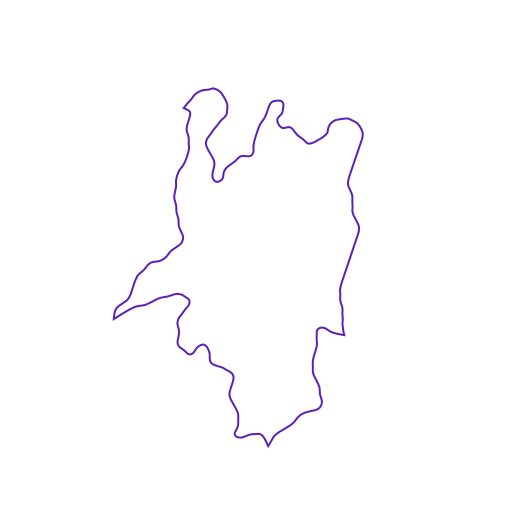 Polo, Barahona, Dominican Republic (Natural Earth projection), rotated 240°
{"feature_id": "3306468B683162392169", "entity_name": "Polo", "entity_type": "district", "adm_level": 2, "iso_a3": "DOM", "parent_name": "Dominican Republic", "parent_adm1": "Barahona", "projection": "natural_earth1", "projection_center": [-71.293, 18.122], "detail": "fine", "context": "isolated", "style": "outline", "palette": "violet", "viewbox_px": 512, "rotation_deg": 240, "n_neighbors": 0, "source": "geoboundaries", "source_scale": "gbopen_adm2", "svg_char_len": 5370}
<svg xmlns="http://www.w3.org/2000/svg" viewBox="0 0 512 512"><g transform="rotate(240 256 256)"><path d="M272.5,101.3L272.9,113.1L272.9,119.6L272.7,123.5L272.4,126.0L271.8,128.3L269.8,133.2L269.1,135.3L268.9,136.6L268.5,140.3L268.1,149.3L267.4,153.0L265.2,158.9L263.5,166.7L263.1,167.7L262.1,169.6L260.8,171.2L259.3,172.6L257.5,173.6L252.7,175.9L250.9,176.1L250.1,175.8L248.5,174.8L247.3,173.4L246.4,171.5L245.0,167.6L243.2,163.8L241.2,158.7L240.1,157.0L238.6,155.5L237.0,154.3L236.1,153.8L231.2,152.5L229.2,151.7L226.5,149.9L221.5,145.5L219.6,144.5L217.6,144.0L216.6,144.1L214.7,144.5L210.5,146.5L206.1,147.8L204.5,148.7L203.9,149.4L203.5,150.3L203.3,151.3L203.4,153.2L204.1,154.9L205.8,158.2L206.3,160.3L206.5,162.4L206.3,164.5L206.0,165.5L205.4,166.4L204.6,167.1L203.7,167.5L201.9,168.0L199.9,168.0L197.9,167.8L195.8,167.4L193.9,166.7L190.6,164.8L188.9,164.0L186.9,163.7L184.9,164.0L183.9,164.5L182.1,165.7L177.2,170.2L175.5,171.6L171.8,173.6L168.6,175.6L166.8,176.3L165.8,176.5L163.8,176.5L162.8,176.2L160.9,175.1L158.3,172.7L153.5,167.3L151.8,165.6L150.0,164.1L147.9,163.1L145.7,162.6L143.5,162.4L134.3,162.3L130.9,162.1L128.7,161.7L126.7,160.9L119.8,156.8L118.1,155.6L116.2,153.5L113.9,149.7L113.2,149.0L112.5,148.6L111.6,148.4L110.7,148.3L109.7,148.5L108.9,149.0L107.5,150.2L106.4,151.8L105.6,153.8L104.6,160.5L104.0,162.6L100.9,169.0L99.7,170.5L98.0,171.5L95.1,172.1L90.9,172.0L85.2,171.5L90.2,180.2L91.1,182.2L91.6,184.6L92.0,188.4L92.2,199.9L92.6,203.6L93.1,206.0L95.5,211.8L96.1,215.2L96.1,217.6L95.9,219.9L95.4,222.0L93.8,227.6L93.1,229.2L92.7,231.2L92.5,233.4L92.7,234.5L92.9,235.6L93.9,237.5L94.5,238.3L96.0,239.7L96.8,240.3L98.8,241.0L102.8,241.9L104.7,242.4L109.1,244.7L111.0,245.4L114.1,245.9L123.8,246.4L125.9,246.9L127.8,247.6L132.1,250.1L135.8,252.1L137.5,253.4L140.0,255.7L145.5,261.6L147.2,263.2L148.9,264.5L149.8,265.1L153.6,266.9L155.3,267.9L159.9,270.7L160.6,271.3L161.2,272.0L161.6,273.0L161.8,274.0L161.8,275.0L161.6,276.1L161.2,277.0L160.1,278.6L159.4,279.2L157.9,280.4L154.3,282.1L151.5,284.0L148.1,287.3L143.3,292.9L147.0,294.0L153.4,296.6L158.5,299.9L162.2,301.6L165.6,303.7L167.4,304.7L169.1,305.3L173.6,306.2L175.4,306.8L177.2,307.7L180.6,309.8L184.3,311.6L186.0,312.9L188.5,315.2L191.6,318.6L223.2,354.5L225.5,356.9L228.1,359.0L230.0,359.8L232.0,360.3L235.0,360.5L242.1,360.8L245.0,361.3L246.9,362.0L251.1,364.7L254.8,366.5L258.2,368.6L260.0,369.5L262.8,370.2L268.6,370.7L270.5,371.0L272.4,371.7L274.2,372.8L276.7,375.0L279.0,377.4L303.4,405.3L305.7,407.7L307.5,409.0L308.4,409.5L309.3,409.9L311.3,410.4L313.2,410.6L316.2,410.7L318.2,410.5L320.1,410.1L321.1,409.7L322.8,408.8L327.9,405.4L329.0,404.4L329.5,403.7L330.3,402.3L332.1,398.1L333.9,393.1L334.0,390.8L333.8,388.6L333.3,386.5L332.9,385.5L331.2,383.1L329.9,381.9L327.8,380.2L327.2,379.5L326.7,378.6L326.0,376.5L325.6,374.2L325.4,371.7L325.4,364.2L325.8,360.7L326.5,358.6L327.1,357.7L327.8,357.0L328.6,356.6L334.1,354.9L339.4,352.5L341.4,352.0L347.4,351.2L349.2,350.6L350.7,349.6L351.2,348.9L351.9,347.3L352.6,344.7L353.5,343.1L354.2,342.5L355.1,342.1L356.9,341.5L358.8,341.4L360.7,341.5L362.5,342.1L363.4,342.6L364.1,343.2L364.6,344.0L365.0,344.9L366.3,349.3L367.4,350.9L371.7,354.4L373.2,355.3L374.1,355.7L376.0,355.9L376.9,355.7L377.8,355.2L378.5,354.5L379.5,352.9L380.6,350.5L381.2,348.8L381.4,347.8L381.4,346.8L381.2,345.7L380.3,343.7L378.9,341.8L374.2,336.4L372.0,333.5L370.8,331.4L368.4,326.3L367.2,324.3L365.0,321.5L360.2,316.0L356.1,311.7L352.6,308.8L348.2,306.4L346.9,305.2L345.9,303.6L345.6,302.8L345.4,301.8L345.6,300.8L345.8,299.9L346.8,298.2L348.5,295.8L349.5,294.1L350.0,292.2L350.0,291.3L349.7,289.5L348.6,285.6L347.6,276.3L347.0,274.1L346.6,273.0L345.6,271.2L344.3,269.7L342.9,268.5L340.8,267.1L340.2,266.4L339.3,264.7L339.0,262.7L339.0,261.7L339.1,260.7L339.5,259.7L340.1,258.8L340.9,258.1L341.8,257.7L342.7,257.5L344.6,257.5L346.6,258.0L347.5,258.4L349.3,259.7L355.1,265.1L357.0,266.3L359.1,267.1L361.3,267.5L363.6,267.6L371.6,267.6L375.0,267.8L377.1,268.3L378.2,268.7L379.9,269.9L381.3,271.4L382.4,273.1L384.5,278.1L386.8,282.9L388.3,287.2L390.8,293.0L392.0,298.2L392.7,300.2L393.2,301.0L394.5,302.4L400.0,306.2L402.0,307.0L405.4,307.6L410.1,307.7L414.7,307.4L416.9,306.8L418.8,305.9L420.5,304.7L422.7,302.6L423.8,298.2L426.3,292.4L426.7,290.2L426.8,286.7L426.3,283.2L423.8,277.4L422.1,271.9L420.3,267.4L417.2,269.5L415.7,270.4L414.9,270.7L414.0,270.8L413.1,270.6L412.2,270.3L411.4,269.7L409.8,268.4L403.7,261.8L401.2,259.7L400.3,259.2L398.3,258.4L394.2,257.5L392.3,256.9L390.5,256.0L387.1,254.0L384.3,252.7L382.4,251.6L380.7,250.2L378.3,247.8L375.2,244.3L373.0,241.5L371.8,239.6L370.7,237.7L369.4,234.5L368.5,232.5L367.2,230.5L365.0,227.8L363.3,226.1L361.6,224.7L359.8,223.5L357.0,222.1L355.2,220.8L350.1,216.2L348.3,214.9L347.3,214.3L345.4,213.6L341.3,212.6L339.4,212.0L335.0,209.7L333.2,208.9L328.1,207.7L326.1,207.0L321.8,204.7L319.9,204.0L317.8,203.6L311.5,203.1L309.5,202.6L307.7,201.7L306.2,200.3L304.9,198.6L304.1,196.5L303.7,194.2L303.2,187.2L302.8,184.9L302.2,182.8L300.2,178.0L299.7,175.7L299.6,172.2L299.9,169.9L300.6,167.9L302.2,164.2L302.7,162.2L302.8,161.1L302.6,158.9L302.0,156.9L300.8,154.1L300.1,152.1L298.7,145.3L297.9,143.1L295.9,140.2L293.7,137.4L285.7,128.5L284.3,126.6L283.1,124.5L282.6,123.4L282.0,121.2L281.3,111.8L280.7,109.6L279.7,107.7L278.4,106.0L276.9,104.6L272.5,101.3Z" fill="none" stroke="#5b21b6" stroke-width="2"/></g></svg>